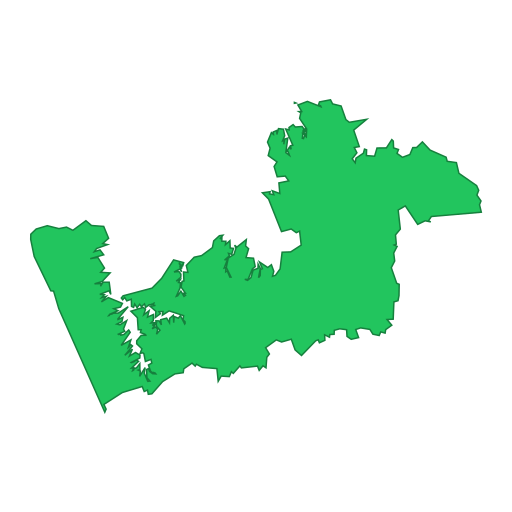 Franklin Local Board Area, Auckland, New Zealand
{"feature_id": "76426892B8837637515397", "entity_name": "Franklin Local Board Area", "entity_type": "district", "adm_level": 2, "iso_a3": "NZL", "parent_name": "New Zealand", "parent_adm1": "Auckland", "projection": "orthographic", "projection_center": [174.832, -37.083], "detail": "fine", "context": "isolated", "style": "filled", "palette": "green", "viewbox_px": 512, "rotation_deg": 0, "n_neighbors": 0, "source": "geoboundaries", "source_scale": "gbopen_adm2", "svg_char_len": 6115}
<svg xmlns="http://www.w3.org/2000/svg" viewBox="0 0 512 512"><path d="M481.3,212.2L479.5,204.7L481.0,201.0L476.9,195.1L478.7,190.3L476.6,185.6L458.9,173.3L456.4,162.6L447.2,161.3L446.1,157.2L430.1,150.1L422.4,141.9L416.6,147.5L412.8,147.6L409.9,154.5L402.5,157.3L397.0,153.4L398.5,149.5L393.6,147.9L393.3,141.1L391.8,139.6L386.4,147.9L377.0,148.0L374.6,156.2L366.4,155.6L366.6,149.8L364.5,149.1L363.4,153.2L356.0,158.2L355.2,162.8L352.2,158.8L356.9,152.8L354.3,147.5L359.3,146.6L353.7,130.1L366.7,119.3L349.3,122.3L345.9,119.6L341.1,106.0L332.6,103.9L330.5,99.8L319.5,101.9L318.5,104.8L320.6,105.8L321.0,106.8L307.4,101.4L297.9,105.0L301.7,111.5L298.9,111.6L300.8,112.8L299.6,118.4L306.7,129.0L306.3,136.9L304.7,135.4L303.5,138.6L302.3,138.3L303.2,130.3L304.1,129.2L302.1,126.5L295.3,127.0L293.1,124.6L289.0,127.5L289.2,129.9L285.7,129.0L292.8,145.2L290.4,145.8L291.2,149.3L289.4,147.2L286.7,151.3L288.0,151.5L289.5,155.4L285.8,152.6L287.8,138.1L284.7,139.1L283.8,144.3L284.1,140.2L282.6,140.9L284.7,135.7L283.4,129.2L278.5,128.6L276.9,134.5L276.7,130.5L273.2,132.0L273.2,133.6L273.4,134.0L273.5,134.2L273.5,134.4L271.4,132.6L267.5,142.1L270.1,148.2L268.2,155.6L277.0,161.9L274.1,166.5L277.2,176.8L285.3,176.1L288.7,180.9L278.9,182.9L279.8,193.5L272.3,190.8L273.8,194.7L269.5,193.9L270.1,191.7L262.4,192.8L268.6,199.1L281.5,231.6L291.2,229.0L296.3,232.7L299.6,231.1L301.2,245.1L290.7,251.9L282.1,252.2L280.1,268.9L275.5,275.3L272.5,276.3L273.8,271.3L271.4,264.7L267.8,267.5L259.5,262.0L262.4,268.7L260.4,269.5L260.2,275.6L258.5,277.7L260.3,268.3L258.1,264.1L258.0,268.3L253.1,270.1L251.0,277.6L247.5,280.4L244.8,279.3L248.0,279.5L252.4,268.9L255.2,266.6L253.5,258.2L246.0,257.6L248.6,248.7L245.6,246.0L246.3,239.6L236.9,247.1L234.6,245.2L236.0,248.1L234.0,254.4L228.3,258.0L226.3,267.4L231.0,277.1L229.9,277.2L227.2,270.8L225.7,271.8L225.9,267.4L224.2,268.0L227.7,258.8L224.5,260.1L229.4,255.8L228.5,253.4L231.7,254.3L233.5,248.4L230.2,248.0L229.9,240.7L225.4,244.7L225.9,241.3L221.8,241.2L221.9,237.4L219.8,239.0L222.9,235.2L219.4,235.7L213.7,240.9L212.4,247.6L201.6,255.6L194.2,257.2L186.3,265.5L187.9,272.4L183.5,272.0L183.9,281.0L182.1,281.3L181.1,287.1L185.5,293.2L183.5,293.3L185.5,295.3L184.0,296.4L180.9,291.2L177.7,295.8L176.3,296.3L180.1,287.9L180.5,282.8L178.5,282.5L180.4,279.5L176.2,281.1L180.8,277.3L180.9,274.2L178.9,271.5L174.0,272.0L180.0,268.9L181.5,271.9L179.8,266.0L181.0,268.5L181.7,268.0L179.3,263.8L179.4,263.2L182.1,266.2L183.0,263.4L182.6,266.4L183.7,262.6L173.6,259.9L161.7,278.3L152.1,288.1L123.1,295.8L121.3,298.0L122.7,299.8L124.7,297.5L126.8,300.9L131.3,299.2L131.5,306.4L133.6,307.4L134.7,304.0L137.1,307.7L139.7,304.3L141.4,306.7L144.5,303.9L145.6,307.4L149.3,304.7L151.4,304.6L151.9,304.1L152.4,304.3L153.6,303.3L153.9,303.2L153.1,305.5L155.5,305.4L150.2,306.4L155.9,311.3L155.3,317.5L160.4,313.7L158.9,311.6L163.0,311.5L162.4,315.2L169.1,310.9L183.6,315.6L183.1,319.9L185.0,321.6L185.2,323.2L184.7,324.0L180.4,315.6L178.3,318.2L174.2,316.5L173.7,322.7L173.3,315.3L169.7,318.3L169.5,322.8L166.6,318.1L160.7,319.7L161.4,324.9L159.2,320.9L155.9,320.8L156.6,326.4L160.0,330.2L156.5,334.2L157.7,329.2L155.5,327.0L152.2,328.8L155.7,324.0L152.3,325.5L154.9,322.6L151.0,323.0L153.3,320.6L153.4,314.5L147.5,317.1L149.1,310.7L143.7,314.9L145.5,309.2L143.1,307.4L130.9,311.2L137.4,317.7L138.2,329.7L141.2,329.7L140.4,332.6L144.7,334.1L145.6,334.7L145.8,335.3L141.2,335.4L136.7,340.8L136.7,343.8L141.9,348.8L140.1,353.4L142.7,352.8L143.9,353.7L145.4,361.5L151.0,359.4L151.8,363.1L148.4,365.0L150.5,371.0L152.2,372.6L153.4,372.4L155.1,373.0L155.8,373.9L152.6,373.7L149.6,371.5L148.5,368.6L146.6,369.5L146.9,377.7L149.9,381.1L147.8,381.4L144.3,373.2L145.1,367.6L139.6,376.4L140.4,371.0L138.2,370.1L139.9,369.5L139.8,363.7L136.6,367.7L133.8,368.9L133.6,370.2L132.6,370.7L133.7,367.8L131.5,368.1L138.6,361.3L136.2,360.0L133.8,361.9L132.8,361.9L132.0,362.5L131.4,362.6L131.2,362.5L139.8,358.0L140.0,355.1L135.5,352.5L129.4,356.1L132.4,349.2L124.8,355.3L132.5,346.0L130.5,344.4L129.4,346.4L128.7,347.3L128.3,347.6L130.9,339.9L121.1,345.4L130.2,332.3L128.7,330.0L123.9,334.5L120.9,335.2L120.9,334.1L118.6,334.5L118.3,334.2L124.7,331.3L123.5,329.0L126.7,320.6L120.2,324.7L119.5,324.8L116.8,324.1L121.9,321.6L122.9,317.3L118.0,319.5L117.9,318.9L128.2,306.7L118.3,313.1L113.4,313.2L111.8,314.1L109.8,314.4L109.7,314.6L109.5,314.8L109.5,315.1L109.4,315.4L109.2,315.5L108.7,315.6L109.8,314.2L118.0,310.7L113.8,308.7L120.5,307.1L122.4,303.4L108.4,297.6L101.4,301.9L106.3,296.3L101.6,297.7L104.4,294.7L99.8,294.3L109.0,290.8L110.8,294.4L109.2,282.2L103.1,282.2L100.5,286.3L101.3,283.6L94.5,283.8L102.1,281.5L110.1,272.9L100.7,272.3L104.5,268.1L97.8,257.4L90.2,258.7L103.7,254.8L100.0,249.9L94.3,251.7L96.6,248.5L107.5,244.6L102.7,243.6L108.6,238.3L103.7,226.4L91.5,225.5L85.9,220.7L72.9,230.3L66.5,227.1L58.9,228.6L47.3,225.7L36.2,229.0L30.8,234.2L30.7,239.4L34.2,256.5L50.8,290.8L53.6,291.1L58.8,308.7L104.8,412.2L106.1,409.1L103.9,404.4L122.4,392.5L142.2,386.5L144.2,391.5L147.5,390.1L148.3,394.3L151.9,393.8L162.6,381.6L174.9,373.9L183.2,372.7L183.8,368.8L192.0,363.1L195.2,366.1L196.4,364.2L202.3,367.4L216.9,368.6L218.2,381.3L221.2,376.1L229.3,376.6L231.4,371.7L233.3,373.4L239.9,365.9L241.4,367.9L257.5,366.1L259.2,370.4L263.0,365.8L266.0,367.8L266.8,357.3L269.4,354.0L265.6,347.7L276.3,339.9L281.6,342.0L291.3,339.2L295.1,349.9L301.5,355.5L315.7,340.8L318.2,339.8L319.4,342.8L324.9,340.3L324.6,334.8L329.5,337.2L329.8,334.5L334.1,334.3L334.3,330.3L339.7,328.8L346.6,329.7L347.0,336.4L351.2,339.3L358.6,337.6L355.7,329.5L360.6,327.9L369.9,329.4L372.9,334.2L379.2,335.5L380.7,331.9L385.1,333.1L385.7,329.6L391.8,325.2L387.0,319.5L393.2,319.2L393.9,301.9L398.0,300.7L399.0,295.6L399.2,284.3L396.7,283.3L391.3,267.7L394.7,261.0L393.7,253.0L397.1,246.4L394.2,245.0L396.3,244.2L395.5,234.9L400.3,229.1L398.2,210.0L405.3,205.9L417.7,224.4L425.1,220.8L430.8,221.9L428.4,220.9L431.4,216.5L481.3,212.2ZM305.5,133.8L303.2,133.6L305.8,135.7L305.5,133.8ZM305.8,131.8L305.1,129.2L304.1,132.3L305.8,131.8ZM295.9,103.0L294.4,102.4L294.4,103.3L295.9,103.0Z" fill="#22c55e" stroke="#15803d" stroke-width="1.5"/></svg>